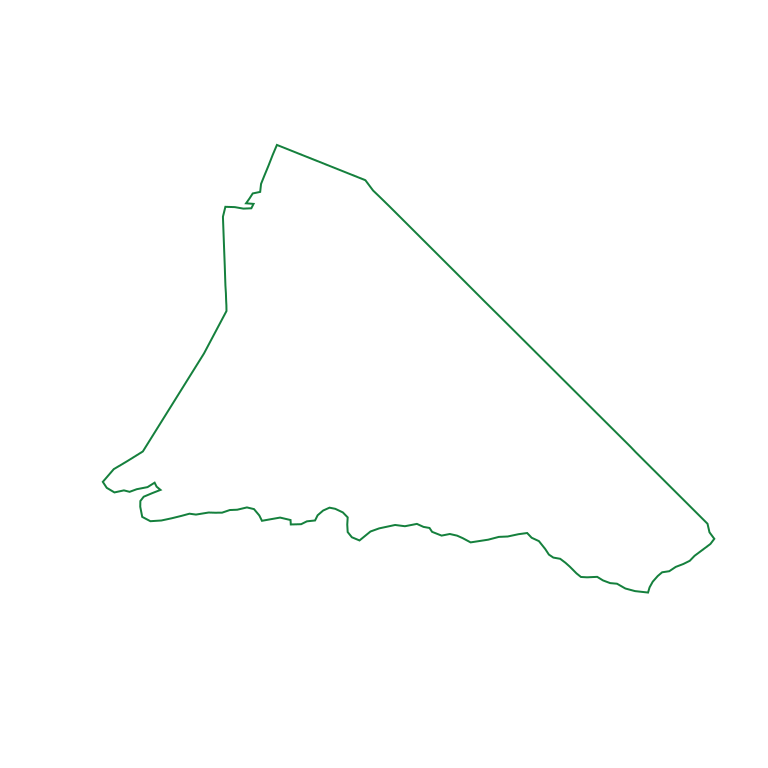 Palmeirândia, Maranhão, Brazil (Equal Earth projection), rotated 259°
{"feature_id": "56859067B11830676899698", "entity_name": "Palmeirândia", "entity_type": "district", "adm_level": 2, "iso_a3": "BRA", "parent_name": "Brazil", "parent_adm1": "Maranhão", "projection": "equal_earth", "projection_center": [-45.055, -2.689], "detail": "fine", "context": "isolated", "style": "outline", "palette": "green", "viewbox_px": 768, "rotation_deg": 259, "n_neighbors": 0, "source": "geoboundaries", "source_scale": "gbopen_adm2", "svg_char_len": 1819}
<svg xmlns="http://www.w3.org/2000/svg" viewBox="0 0 768 768"><g transform="rotate(259 384 384)"><path d="M639.1,324.5L630.2,318.5L620.4,312.3L610.7,305.9L603.9,301.5L596.2,299.1L596.1,291.5L591.9,287.5L587.7,283.1L585.7,290.3L581.8,287.3L583.0,279.4L586.1,271.3L588.2,262.1L578.9,257.8L546.3,252.7L530.8,250.3L519.6,248.5L510.8,247.1L503.1,246.1L495.6,244.9L491.3,244.3L485.7,243.3L448.3,213.1L363.8,134.4L357.1,116.8L352.0,102.5L341.6,89.3L335.0,92.0L329.0,98.7L329.2,108.4L326.7,113.7L327.9,121.2L327.9,132.2L330.9,140.0L326.6,141.2L322.7,144.4L321.1,135.7L319.2,126.6L315.6,122.5L310.0,121.3L299.7,121.3L293.9,128.5L292.5,139.4L292.7,150.0L293.2,160.1L293.8,168.3L291.7,174.5L291.3,187.3L289.9,193.5L288.6,200.5L289.7,208.6L288.6,215.9L289.0,225.9L286.0,232.5L278.8,236.5L273.0,238.1L272.9,245.5L272.7,256.5L268.3,266.3L263.9,265.7L262.2,275.9L263.9,282.1L263.2,290.3L267.8,293.8L271.4,300.1L273.0,306.9L270.8,312.3L265.8,319.1L260.0,322.9L253.0,321.1L245.6,320.1L239.7,323.2L235.1,330.1L241.8,342.6L243.2,351.7L243.5,368.0L240.4,377.4L240.4,389.6L236.2,395.5L234.0,401.2L229.7,403.0L224.2,411.6L224.2,420.0L221.2,426.8L217.7,431.8L212.0,438.8L211.3,456.6L212.0,467.6L210.7,476.3L210.9,487.4L210.4,496.1L204.9,499.6L200.2,506.1L191.2,510.8L185.1,513.3L181.3,517.1L178.8,523.6L173.9,528.0L169.3,531.5L161.4,536.8L157.0,540.5L155.5,546.4L154.0,556.5L149.4,561.5L145.4,568.0L143.5,574.6L137.2,581.9L132.8,590.9L128.9,603.4L133.7,605.9L138.7,610.1L143.3,616.1L146.1,621.1L145.8,628.3L148.8,635.5L150.2,643.5L152.1,650.4L156.1,656.1L164.7,673.9L169.0,678.7L176.3,675.2L185.1,674.9L269.3,617.9L274.8,614.4L315.5,586.8L356.6,559.0L422.2,514.6L445.7,498.6L465.9,485.0L476.6,477.8L519.5,448.8L540.5,434.6L557.5,423.1L569.2,415.0L576.0,410.2L587.6,404.6L639.1,324.5Z" fill="none" stroke="#15803d" stroke-width="2"/></g></svg>